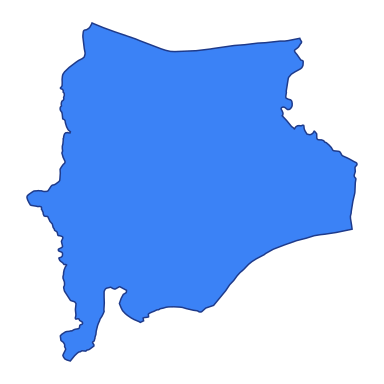 Maha Rat, Phra Nakhon Si Ayutthaya, Thailand (Mercator projection)
{"feature_id": "78962969B63768229045772", "entity_name": "Maha Rat", "entity_type": "district", "adm_level": 2, "iso_a3": "THA", "parent_name": "Thailand", "parent_adm1": "Phra Nakhon Si Ayutthaya", "projection": "mercator", "projection_center": [100.519, 14.568], "detail": "fine", "context": "isolated", "style": "filled", "palette": "blue", "viewbox_px": 384, "rotation_deg": 0, "n_neighbors": 0, "source": "geoboundaries", "source_scale": "gbopen_adm2", "svg_char_len": 5754}
<svg xmlns="http://www.w3.org/2000/svg" viewBox="0 0 384 384"><path d="M92.0,23.0L91.8,23.6L91.1,25.0L89.9,27.1L89.0,28.1L88.2,28.7L86.6,29.7L84.6,30.1L84.2,30.3L83.6,30.9L83.3,31.8L82.9,35.3L82.9,37.1L84.3,48.8L85.0,52.3L85.1,53.4L85.0,54.3L84.3,56.8L84.0,57.2L82.3,58.6L78.5,60.5L75.9,62.3L69.2,67.4L64.6,71.8L63.1,74.0L62.7,74.9L62.4,76.3L62.1,79.3L62.2,82.5L62.1,85.6L61.4,86.9L60.5,87.7L60.5,88.4L61.0,88.8L62.4,89.3L63.2,90.5L63.3,90.8L63.1,92.1L64.2,93.3L64.3,95.4L63.6,97.5L63.8,98.7L63.7,99.4L63.3,100.1L61.9,101.2L61.4,102.6L61.2,104.1L61.5,105.9L60.7,106.7L60.3,107.3L60.1,109.0L60.5,110.5L61.8,112.3L62.2,113.9L62.7,118.8L64.2,119.6L64.7,120.1L65.1,120.8L65.4,122.9L66.6,126.8L67.8,129.1L68.3,129.9L69.4,131.0L70.4,131.7L70.1,132.9L69.4,132.9L68.0,132.8L67.3,132.5L66.5,132.8L66.1,132.7L65.7,132.8L64.6,133.8L64.1,135.0L63.7,136.4L63.6,137.7L63.1,139.0L63.3,139.6L62.9,143.9L62.3,146.2L62.3,148.4L62.6,151.0L61.9,153.0L63.1,157.3L64.9,161.1L65.1,161.9L64.7,163.1L63.1,164.6L61.4,167.0L60.1,169.2L60.3,173.2L59.9,179.1L59.7,180.5L59.3,181.1L58.4,182.0L55.4,184.2L54.1,184.8L52.5,185.1L51.8,185.5L50.9,186.5L48.2,190.6L47.6,191.1L46.6,191.4L44.5,191.5L43.3,191.4L41.4,190.8L39.6,190.8L38.5,190.6L36.0,190.9L34.9,190.9L33.7,191.1L31.8,192.3L28.4,194.7L27.3,195.9L27.0,196.8L27.0,197.8L27.6,199.8L29.0,202.7L30.4,205.0L31.4,205.4L36.3,206.2L37.9,206.6L39.7,206.4L41.2,206.9L41.6,207.8L41.4,209.3L42.3,210.4L42.4,211.1L43.1,212.4L43.2,213.9L44.0,215.8L45.1,216.3L47.3,216.4L47.8,216.7L50.0,221.4L52.3,224.0L53.2,227.6L54.1,228.7L54.6,230.3L56.6,231.6L57.2,232.3L57.7,234.5L58.0,235.4L58.4,235.6L60.1,235.8L61.3,236.2L62.5,236.8L62.8,237.3L62.7,238.5L61.6,240.8L61.4,241.5L62.5,245.9L62.5,246.6L62.2,247.1L61.4,247.7L58.9,248.9L58.4,249.3L58.3,249.9L58.5,250.7L59.0,251.1L61.7,252.2L62.3,252.8L62.5,253.5L62.5,255.3L62.0,256.5L60.9,257.3L59.2,257.8L58.9,258.1L59.0,258.6L59.6,260.1L60.5,261.2L62.7,262.8L64.0,264.5L65.8,264.5L66.3,264.7L66.6,265.0L65.3,267.0L64.1,270.0L63.6,272.6L63.5,274.6L63.0,276.5L63.0,278.2L64.4,281.9L64.5,283.5L64.5,285.1L64.2,286.0L63.7,287.0L63.7,287.8L64.4,290.9L64.7,291.5L70.2,300.0L70.7,300.5L71.5,300.8L74.4,301.7L75.1,302.3L76.0,303.6L75.9,305.0L75.4,309.2L75.5,311.0L75.9,314.5L75.8,316.0L75.3,317.7L75.4,318.6L75.7,319.0L76.0,319.1L77.9,318.7L78.8,318.9L79.2,319.5L79.7,320.5L81.8,321.7L82.4,322.4L82.6,323.2L82.4,323.8L82.1,324.2L81.5,324.5L80.4,324.8L79.9,325.3L79.7,325.7L79.5,327.6L79.2,328.1L78.5,328.6L77.4,328.9L75.5,329.2L74.1,329.6L71.8,330.9L70.7,330.9L69.2,331.3L66.8,331.5L65.4,331.9L61.6,334.4L60.3,335.9L60.9,340.3L61.2,340.7L63.3,342.3L64.4,344.0L64.7,345.2L64.6,346.7L65.5,348.4L65.6,349.6L63.2,354.4L62.9,355.6L63.5,357.0L64.8,358.9L66.9,360.0L70.3,361.0L74.6,355.7L77.1,353.3L78.7,352.1L80.5,351.7L81.6,350.9L82.2,350.8L85.8,351.1L87.1,350.0L88.8,349.7L90.1,348.9L93.9,346.0L93.9,344.8L92.6,342.8L92.6,342.3L92.7,342.0L93.9,341.2L94.3,340.6L94.5,339.6L94.9,338.5L95.0,337.2L95.9,334.4L96.2,331.2L97.6,325.5L98.5,323.1L99.5,320.9L100.1,319.0L101.9,316.3L103.2,313.7L104.1,311.5L103.9,309.7L104.3,303.0L104.1,297.6L104.1,292.1L104.2,291.3L105.0,289.5L105.8,288.6L106.9,288.1L110.7,287.2L112.5,288.3L113.4,288.7L114.9,289.1L115.5,288.9L119.3,286.8L119.8,286.7L126.5,290.3L126.4,292.0L126.1,292.7L123.3,294.4L121.2,298.3L119.4,303.5L121.1,307.8L122.6,310.7L125.2,313.5L127.2,315.2L131.1,317.9L134.0,319.5L139.2,321.7L140.3,322.4L143.6,320.8L143.1,318.1L144.2,317.6L146.9,317.3L148.5,316.9L148.6,316.4L148.3,314.2L149.3,313.3L151.6,312.2L154.2,311.2L156.8,309.9L158.7,309.7L160.3,308.7L162.9,308.2L166.3,307.2L168.8,306.9L174.1,306.8L179.8,307.1L182.3,307.4L186.3,308.6L193.6,310.3L197.4,310.8L199.2,311.9L201.0,312.0L201.8,311.6L204.9,308.8L205.9,308.0L213.6,305.4L225.7,290.7L229.7,284.7L233.7,280.5L237.2,275.7L240.0,272.6L243.5,269.6L248.6,264.3L251.9,261.6L256.3,258.8L264.3,254.6L265.6,253.5L273.3,249.2L284.5,244.9L296.7,240.6L306.2,238.2L314.2,235.7L320.2,234.7L324.8,234.2L336.1,232.5L352.1,229.2L351.6,225.4L350.5,218.6L350.4,216.2L351.1,213.3L351.3,211.1L352.9,201.2L354.7,193.4L354.9,192.0L355.3,182.7L355.9,179.0L355.7,178.3L354.9,177.5L354.5,176.9L354.1,175.8L354.4,174.4L355.3,171.6L355.0,167.9L355.1,167.2L355.5,166.6L356.9,164.9L357.0,164.2L356.8,163.3L356.1,162.6L354.2,161.7L349.4,159.0L347.0,157.8L343.6,156.3L342.4,155.7L341.8,155.1L340.5,152.7L339.6,151.6L338.5,151.3L334.0,150.8L333.1,150.4L332.7,150.0L331.3,147.5L329.0,145.0L326.3,142.7L324.6,142.0L323.7,140.7L321.6,139.9L318.8,139.8L317.7,139.5L317.2,139.0L316.8,138.2L316.7,134.3L316.6,133.7L314.5,131.2L314.1,131.2L313.1,132.9L312.5,133.5L310.9,134.5L309.6,134.7L307.0,134.1L305.5,131.7L304.7,130.2L304.1,128.4L303.9,126.0L303.7,125.4L303.1,125.2L302.5,125.2L301.5,125.7L300.7,125.8L298.9,125.6L297.5,125.8L296.0,126.7L295.2,127.6L294.5,128.9L294.3,128.9L293.3,127.8L291.6,126.6L291.0,125.9L286.6,120.5L282.2,115.8L282.7,115.2L282.8,114.7L283.0,113.6L282.9,112.8L282.0,110.6L281.2,109.3L281.1,108.6L281.4,107.9L281.8,107.5L282.7,107.1L283.7,107.1L284.7,107.4L285.4,107.9L287.4,109.5L288.9,109.5L289.7,109.3L291.0,108.0L291.7,106.9L292.1,105.8L292.2,103.7L291.9,101.7L291.4,100.6L290.5,99.8L288.2,99.2L286.3,98.2L286.0,97.9L285.8,97.2L285.8,96.2L286.4,92.3L286.2,91.3L288.2,78.8L288.6,77.4L291.3,74.2L294.9,71.9L300.4,68.9L301.7,67.8L302.5,66.5L303.0,65.2L303.2,61.8L303.0,61.0L302.5,60.6L300.8,60.0L297.1,54.7L295.1,52.3L294.5,51.0L294.6,50.3L294.9,49.9L297.3,48.1L298.5,47.0L299.9,44.9L300.2,44.2L301.0,43.4L301.4,42.7L301.6,41.8L300.2,39.4L299.8,38.3L288.2,40.6L284.5,41.1L280.0,41.1L265.5,42.7L257.9,43.1L244.8,44.7L234.2,45.5L212.6,48.6L210.4,49.0L196.3,50.7L174.9,51.6L170.4,51.4L165.6,50.3L161.3,48.9L139.8,40.7L135.5,38.9L114.4,31.7L103.2,27.6L92.0,23.0Z" fill="#3b82f6" stroke="#1e3a8a" stroke-width="1.5"/></svg>